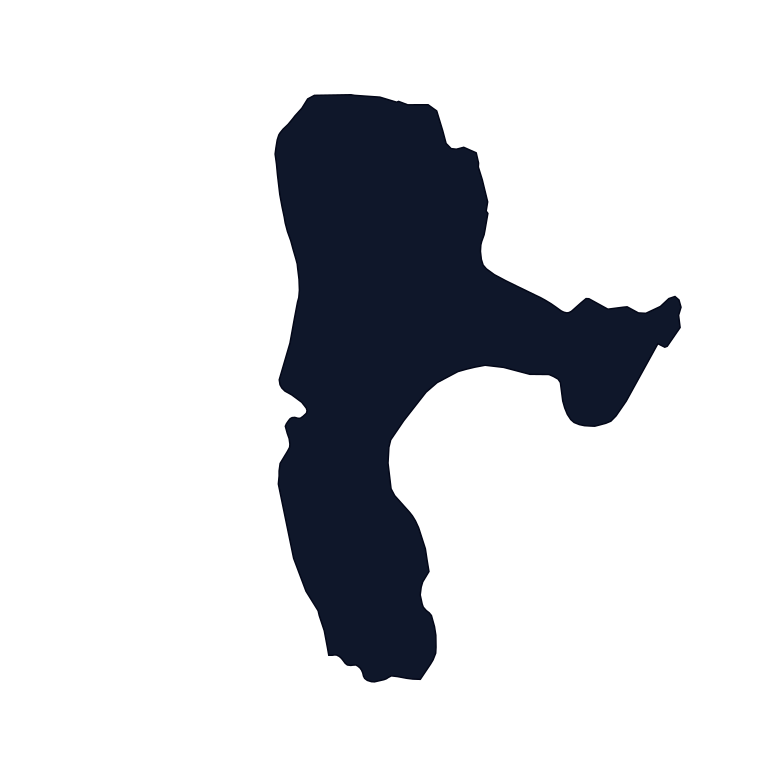 the district of San Pedro Sacatepéquez, San Marcos, Guatemala, rotated 32°
{"feature_id": "79465075B62908040243136", "entity_name": "San Pedro Sacatepéquez", "entity_type": "district", "adm_level": 2, "iso_a3": "GTM", "parent_name": "Guatemala", "parent_adm1": "San Marcos", "projection": "albers", "projection_center": [-91.752, 14.957], "detail": "fine", "context": "isolated", "style": "filled", "palette": "ink", "viewbox_px": 768, "rotation_deg": 32, "n_neighbors": 0, "source": "geoboundaries", "source_scale": "gbopen_adm2", "svg_char_len": 2714}
<svg xmlns="http://www.w3.org/2000/svg" viewBox="0 0 768 768"><g transform="rotate(32 384 384)"><path d="M571.3,615.2L571.9,596.8L571.8,591.9L570.5,584.9L567.5,579.5L561.1,569.6L555.4,563.0L546.9,555.2L543.6,554.1L539.8,553.7L535.5,552.4L532.9,550.3L526.5,543.7L523.2,536.6L521.7,531.3L521.5,519.2L514.2,510.9L506.4,501.8L489.6,487.6L483.2,483.4L478.0,480.8L473.9,479.3L452.2,473.0L445.5,469.1L429.3,448.9L421.7,435.1L419.3,427.8L420.2,404.7L424.0,368.7L428.3,354.7L440.1,334.3L446.0,327.8L452.1,321.6L459.8,314.5L476.7,306.5L502.5,298.5L518.9,288.5L523.8,287.8L529.0,287.6L532.8,289.3L544.6,303.7L549.9,308.5L555.6,312.6L561.3,315.2L565.6,315.9L571.2,314.9L576.1,313.1L581.6,310.1L585.1,308.1L588.9,304.1L592.9,299.8L596.1,295.3L597.7,288.1L598.5,270.2L594.9,204.7L602.6,204.0L604.2,201.9L605.2,179.2L597.4,169.6L595.2,161.5L589.6,156.4L584.4,155.6L580.3,160.6L577.3,171.8L568.6,185.3L562.1,188.9L549.3,189.7L546.3,192.0L534.2,201.9L512.6,203.1L510.1,204.5L508.0,210.9L506.8,215.0L505.3,220.1L504.4,223.1L503.0,225.4L501.4,226.8L498.5,227.8L495.9,228.1L493.4,228.0L489.2,227.7L483.1,227.4L476.2,227.5L470.9,227.8L464.8,228.5L456.3,229.4L444.3,230.7L432.5,231.9L419.6,232.8L409.8,232.1L405.0,230.6L400.5,226.7L395.5,220.4L392.4,214.7L391.3,211.3L389.8,204.4L388.1,200.0L381.7,184.3L379.0,183.2L375.4,174.6L359.0,158.6L349.0,150.0L347.1,146.5L339.7,139.1L326.2,141.0L321.0,146.5L316.2,148.8L309.2,147.1L299.6,138.1L284.0,124.5L273.4,123.8L256.1,134.7L246.6,136.6L245.4,138.3L228.5,142.9L206.1,154.8L202.7,156.2L172.0,176.1L168.2,182.7L168.2,193.7L166.4,203.8L166.0,207.8L165.5,211.6L165.1,214.6L164.4,217.4L163.4,221.2L162.8,225.9L162.8,228.4L164.1,233.6L167.2,241.0L169.8,246.7L176.3,254.5L182.7,262.9L187.5,268.9L195.2,278.5L203.6,287.7L211.1,295.5L214.8,299.7L221.4,305.9L228.9,311.8L235.8,318.2L243.3,324.9L246.8,328.2L249.3,331.4L256.4,340.2L262.5,349.2L265.9,355.8L267.2,360.2L273.3,375.9L282.6,399.2L292.9,435.9L296.2,439.7L299.4,441.5L303.7,442.5L311.4,442.1L323.9,443.1L330.8,445.6L332.9,447.4L333.7,449.9L332.5,454.3L331.2,457.4L329.1,458.7L326.0,459.6L323.9,461.2L322.8,463.1L322.5,465.4L322.3,469.3L322.7,472.1L328.1,477.1L332.5,480.6L336.1,484.9L337.5,487.7L337.8,491.8L338.0,506.4L341.1,513.3L343.8,517.6L347.4,524.8L399.7,579.7L427.7,601.1L448.3,611.2L451.8,614.7L464.1,624.9L475.6,637.4L480.9,643.3L483.8,641.5L485.6,640.0L487.3,639.0L490.4,638.7L493.3,639.2L495.8,640.1L499.1,641.4L501.8,641.7L504.9,640.3L506.6,638.9L509.0,637.2L511.2,637.1L514.1,637.5L516.5,638.5L519.0,640.2L521.4,642.6L523.6,643.9L526.9,644.2L531.1,643.1L533.8,641.6L540.6,634.8L542.2,632.7L543.1,630.7L544.9,627.6L550.4,625.0L559.3,621.5L564.7,619.0L571.3,615.2Z" fill="#0f172a" stroke="#020617" stroke-width="1.5"/></g></svg>